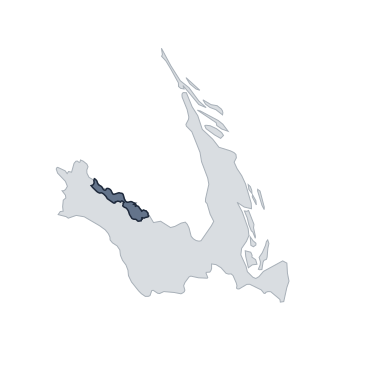 location of Brodsko-Posavska within Croatia, rotated 207°
{"feature_id": "HRV-1602", "entity_name": "Brodsko-Posavska", "entity_type": "County", "adm_level": 1, "iso_a3": "HRV", "parent_name": "Croatia", "parent_adm1": "", "projection": "robinson", "projection_center": [17.756, 45.221], "detail": "fine", "context": "in_parent", "style": "filled", "palette": "slate", "viewbox_px": 384, "rotation_deg": 207, "n_neighbors": 0, "source": "natural_earth", "source_scale": "10m", "svg_char_len": 6088}
<svg xmlns="http://www.w3.org/2000/svg" viewBox="0 0 384 384"><g transform="rotate(207 192 192)"><path d="M63.3,134.0L64.9,136.2L76.6,138.9L79.2,137.7L80.8,135.9L80.8,134.8L81.8,134.4L85.9,136.2L98.6,136.0L101.2,134.6L106.1,126.9L107.7,126.3L108.7,126.6L109.4,128.9L111.2,131.0L117.5,136.2L119.9,136.8L122.3,135.4L124.8,135.0L131.7,137.7L137.6,138.2L141.9,136.8L139.8,132.7L139.5,130.6L139.8,128.7L142.8,126.9L142.7,126.1L139.1,122.9L139.3,122.1L147.3,118.5L154.9,116.5L156.1,115.0L157.2,108.2L156.9,104.7L153.8,101.3L153.6,99.6L154.4,97.9L155.6,96.3L162.2,94.4L171.9,90.5L174.8,86.8L176.6,86.2L182.0,86.8L183.1,85.9L182.4,80.6L183.4,79.3L186.2,77.8L190.9,78.4L194.8,79.7L205.1,84.4L210.6,88.6L213.6,93.3L217.7,97.0L222.9,99.6L227.0,103.1L230.0,107.6L234.3,110.0L239.8,110.6L243.2,112.1L244.7,114.6L247.6,116.9L252.1,118.9L259.1,120.0L276.7,121.0L284.5,118.6L290.4,112.5L292.9,112.9L301.0,111.1L300.5,114.8L298.1,116.4L300.6,120.2L303.0,126.3L301.7,129.4L303.3,131.7L308.3,134.1L306.9,134.8L305.8,136.8L305.6,140.5L309.6,144.0L320.3,147.8L323.4,150.8L323.5,152.1L322.9,153.0L314.7,153.3L311.6,151.7L311.3,154.2L308.3,155.0L310.1,164.0L309.4,166.7L308.3,167.5L306.0,167.1L305.4,167.9L305.9,169.9L303.0,170.1L298.3,169.1L296.1,167.3L295.7,163.8L294.2,161.1L290.4,158.3L282.6,157.8L273.5,155.1L266.9,156.0L260.6,154.7L255.2,158.3L252.4,158.2L246.9,153.8L245.3,153.5L240.5,155.8L238.5,155.9L230.5,153.5L227.6,153.1L225.4,153.9L221.6,153.1L212.4,147.3L206.7,151.7L195.0,150.6L191.6,153.6L187.6,159.3L184.3,162.1L181.6,161.1L178.3,158.6L172.6,152.1L169.6,150.9L166.3,150.6L163.4,151.4L161.8,152.7L159.4,170.6L159.3,175.7L165.7,180.4L173.2,188.4L175.6,189.4L176.8,192.0L180.5,206.5L184.3,211.5L197.3,223.4L202.8,230.9L219.5,245.6L226.9,248.1L228.1,249.5L228.1,255.2L228.9,257.4L233.8,263.3L243.9,272.1L245.1,274.1L245.4,275.6L244.8,276.7L242.1,277.9L230.6,268.0L221.5,262.6L211.3,252.5L197.6,248.5L188.3,244.1L176.4,246.1L172.6,246.2L169.9,245.4L168.0,242.6L168.0,237.7L162.5,233.3L155.1,229.1L148.1,223.6L134.2,208.9L131.4,204.1L138.7,202.3L147.1,203.3L138.1,197.0L125.3,184.8L121.5,179.0L121.1,172.7L122.2,164.2L119.9,158.1L110.1,150.3L106.5,146.1L99.2,143.7L95.9,143.9L93.9,147.0L92.3,153.7L79.9,171.8L75.2,171.7L70.1,163.0L65.1,156.6L64.1,149.8L60.5,136.0L63.3,134.0ZM280.7,299.1L280.8,301.1L284.5,306.2L268.2,294.9L252.9,285.8L242.1,283.6L227.3,276.2L217.7,273.6L225.6,273.0L248.4,282.8L245.8,280.2L249.1,279.2L251.9,279.9L253.7,283.1L266.5,291.8L274.7,296.9L280.7,299.1ZM103.2,181.6L102.8,183.7L100.1,181.0L98.8,176.1L95.5,168.1L95.1,165.9L96.9,163.7L96.8,161.5L94.5,154.6L96.6,153.4L97.8,153.3L98.2,158.1L99.3,160.8L102.5,164.2L101.8,169.9L102.3,177.9L103.2,181.6ZM117.9,163.8L112.3,165.0L109.7,162.9L109.1,161.2L104.6,160.6L101.3,157.1L105.2,154.5L107.4,150.1L114.8,158.9L117.9,163.8ZM205.9,259.3L198.8,259.5L192.6,258.4L189.6,256.7L190.8,252.8L197.7,253.1L208.2,254.8L210.7,256.8L209.9,257.8L205.9,259.3ZM224.4,267.4L221.2,268.0L201.1,267.6L195.3,266.4L187.4,262.5L194.0,261.6L200.1,262.5L201.9,264.7L224.4,267.4ZM134.4,199.7L133.2,201.2L122.1,191.3L120.9,188.0L115.4,181.3L114.6,179.5L119.6,183.9L121.5,184.3L126.4,188.6L131.1,194.1L136.7,198.9L134.4,199.7ZM199.8,274.6L208.1,276.2L214.3,275.5L219.8,276.4L224.1,279.1L214.6,278.5L208.8,280.3L203.7,279.3L201.8,278.2L200.5,276.7L199.8,274.6ZM134.1,222.8L134.7,224.2L131.8,223.7L120.9,211.5L119.7,209.1L123.6,211.9L134.1,222.8ZM115.3,171.2L119.8,178.5L115.6,176.3L111.8,175.4L111.0,173.8L112.4,171.1L115.3,171.2ZM243.1,287.4L249.3,291.2L231.2,286.2L235.2,285.6L243.1,287.4ZM142.4,220.0L145.3,224.1L142.5,223.3L139.6,220.7L137.9,217.9L142.4,220.0ZM136.1,215.0L136.8,217.0L131.2,213.3L128.8,209.7L136.1,215.0Z" fill="#d9dde1" stroke="#a8b0b8" stroke-width="1"/><path d="M224.4,154.4L221.6,153.2L221.0,151.9L220.4,151.3L219.9,151.1L219.7,150.9L219.7,150.6L219.8,150.1L219.9,149.9L220.0,149.8L221.2,148.7L221.4,148.6L222.1,148.0L222.6,147.2L222.8,147.0L223.4,146.8L223.7,146.7L224.1,146.7L224.6,146.6L224.9,146.4L225.0,146.3L225.0,146.1L224.8,146.0L224.2,145.5L224.0,145.2L224.2,144.9L224.5,144.7L224.5,144.3L224.2,143.3L226.1,141.9L226.7,141.6L227.3,141.5L228.0,141.7L228.5,142.0L229.0,142.1L229.7,142.1L231.9,141.2L233.6,141.2L237.5,143.6L238.2,144.3L239.9,146.0L240.7,146.6L241.9,147.3L243.1,147.7L243.8,147.9L245.2,147.7L245.9,147.8L246.8,148.0L247.2,148.1L247.4,148.3L247.5,148.4L247.6,148.6L247.6,148.8L247.6,149.0L247.6,149.5L248.2,150.6L248.3,150.8L247.8,151.6L247.7,151.9L247.9,152.0L248.6,152.2L249.4,152.3L250.0,152.3L250.3,152.2L250.5,152.1L250.8,151.9L250.9,151.7L251.0,151.3L251.0,150.8L251.0,150.6L251.4,150.5L252.5,150.6L252.8,150.5L253.8,150.2L254.3,149.9L254.7,149.4L254.9,149.1L255.0,148.9L255.2,148.7L255.3,148.6L255.8,148.5L255.9,148.4L255.9,148.2L255.7,147.9L255.6,147.7L255.6,147.4L255.7,147.2L255.9,147.1L256.1,146.9L256.4,146.7L256.7,146.7L257.1,146.6L264.4,147.6L266.2,148.7L266.2,148.8L266.4,148.9L266.8,149.1L269.8,150.1L270.8,150.2L272.2,150.2L272.7,150.0L273.1,149.7L273.3,149.4L273.6,149.2L274.2,149.1L275.4,149.0L277.0,149.2L282.5,150.9L284.8,151.9L283.7,153.0L283.5,153.3L283.4,153.6L283.3,154.0L283.3,154.4L283.3,154.9L283.3,155.4L283.7,156.3L284.7,157.7L284.7,158.1L284.9,158.7L285.0,159.5L283.9,159.5L282.8,159.1L282.3,158.9L281.6,158.5L281.0,157.9L280.0,156.9L279.2,156.4L278.4,156.0L275.2,155.8L274.5,155.5L272.5,154.2L271.4,153.9L270.3,154.1L269.8,154.6L269.7,155.3L269.7,156.0L269.4,156.6L268.6,157.0L267.7,157.2L267.2,157.2L266.7,157.2L265.8,157.0L264.8,156.6L262.3,154.6L261.6,154.3L260.9,154.3L260.3,154.6L257.5,157.5L256.8,158.1L256.4,158.3L255.2,158.5L253.9,159.0L253.4,159.0L252.5,158.7L251.7,158.0L250.3,156.4L249.2,155.2L248.0,154.2L246.7,153.5L245.2,153.4L244.2,153.9L242.6,155.4L241.6,155.9L241.1,156.0L240.2,155.9L237.9,156.1L237.6,156.2L237.8,155.9L238.2,154.7L237.2,155.2L236.6,155.3L236.1,155.1L236.4,154.8L236.5,154.5L236.5,154.2L236.2,153.8L235.9,153.6L235.7,153.8L235.5,154.2L235.4,154.4L234.0,154.8L233.1,154.8L232.5,154.5L232.1,154.2L230.6,153.4L229.8,153.1L228.1,152.1L227.2,153.7L227.0,154.0L224.9,154.1L224.4,154.4Z" fill="#64748b" stroke="#1e293b" stroke-width="1.5"/></g></svg>